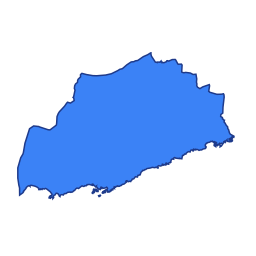 Nkasi, Rukwa, United Republic of Tanzania (Mercator projection), rotated 275°
{"feature_id": "72390352B34861075189695", "entity_name": "Nkasi", "entity_type": "district", "adm_level": 2, "iso_a3": "TZA", "parent_name": "United Republic of Tanzania", "parent_adm1": "Rukwa", "projection": "mercator", "projection_center": [30.833, -7.587], "detail": "fine", "context": "isolated", "style": "filled", "palette": "blue", "viewbox_px": 256, "rotation_deg": 275, "n_neighbors": 0, "source": "geoboundaries", "source_scale": "gbopen_adm2", "svg_char_len": 5760}
<svg xmlns="http://www.w3.org/2000/svg" viewBox="0 0 256 256"><g transform="rotate(275 128 128)"><path d="M118.7,30.0L103.9,26.7L94.3,25.9L92.9,25.6L88.9,23.7L78.7,21.7L68.5,22.6L61.7,24.2L58.8,25.2L51.7,25.9L54.2,28.8L55.1,29.4L55.7,29.3L56.4,30.0L56.7,29.9L57.5,30.7L59.0,31.7L59.6,31.7L60.9,32.8L61.8,34.0L61.7,35.0L61.4,35.4L61.9,35.3L62.3,35.6L62.5,36.7L62.0,40.1L61.4,42.2L59.9,44.6L58.9,44.5L59.0,46.0L59.7,46.3L59.8,46.7L59.2,47.7L60.2,48.4L59.9,50.0L60.6,50.9L60.3,52.1L57.7,56.1L55.4,58.1L54.1,57.8L53.8,56.5L52.5,55.6L51.5,55.4L51.2,56.9L51.4,57.0L51.6,56.7L52.3,57.4L52.4,58.3L52.1,58.6L52.5,59.4L51.3,59.4L51.8,59.8L52.5,60.0L52.7,59.6L53.7,59.7L54.6,60.2L54.9,61.1L56.7,62.1L56.8,63.0L56.2,64.3L55.3,64.7L54.8,65.7L53.9,65.7L53.8,66.2L54.1,66.1L55.2,66.5L55.6,67.0L55.9,68.0L55.6,69.4L57.1,70.3L57.3,72.0L58.6,73.4L59.1,75.7L58.9,76.3L59.3,76.8L59.1,77.6L59.7,78.6L61.0,79.6L61.0,80.2L62.7,81.2L63.6,82.2L63.7,82.9L63.4,84.0L66.2,87.0L66.3,87.7L65.9,88.4L66.0,89.3L66.8,90.0L66.7,91.2L67.3,92.0L68.0,92.1L68.4,94.5L67.9,97.0L68.2,96.8L68.7,97.0L69.0,97.5L69.0,98.0L68.9,98.1L68.8,97.6L68.3,97.9L67.7,99.6L66.5,100.8L67.1,101.4L66.6,101.3L66.6,101.8L65.8,102.5L66.4,102.3L64.5,103.7L64.8,104.6L64.2,105.6L64.7,106.0L66.6,106.1L66.7,106.9L66.2,107.3L65.8,106.9L65.5,107.4L66.2,107.9L65.8,108.9L66.4,110.8L67.2,111.9L66.5,112.7L66.0,112.9L64.4,112.2L64.1,113.1L62.4,113.4L62.5,114.3L62.9,114.3L62.8,115.2L63.2,115.2L63.9,116.1L64.4,115.9L64.5,116.2L63.8,116.5L64.4,117.2L65.0,117.0L65.2,118.2L65.9,117.9L65.9,118.3L66.6,119.0L66.5,119.6L67.0,119.3L67.1,119.6L68.2,119.5L67.9,120.7L68.7,121.2L68.7,121.9L69.4,122.4L69.0,123.3L69.3,123.9L69.2,124.6L70.1,125.7L70.1,126.2L71.3,127.3L71.8,128.9L73.9,131.1L74.7,130.5L75.3,131.0L75.4,131.6L74.5,132.9L75.0,133.9L74.9,135.3L75.4,135.4L76.1,136.2L77.5,136.7L77.8,138.1L80.1,139.6L80.0,141.7L81.7,142.0L81.9,143.1L82.4,143.5L82.4,144.2L85.0,144.8L86.5,146.1L87.0,146.2L87.1,147.5L88.0,148.2L88.1,149.2L89.2,150.3L90.1,153.7L90.9,155.6L90.8,158.3L91.5,159.4L91.5,160.2L90.8,160.6L90.7,161.4L91.3,161.5L92.3,161.0L93.0,161.5L93.2,162.1L92.9,163.4L93.3,164.6L93.7,165.3L94.9,165.3L95.0,165.6L94.7,166.4L94.1,166.7L94.3,167.2L94.7,167.4L94.4,168.9L95.1,169.4L95.8,168.8L96.2,168.8L96.4,169.1L96.3,169.6L95.7,170.1L95.4,171.3L95.5,171.6L96.2,171.1L97.3,172.7L97.1,173.1L97.8,173.8L98.4,173.5L100.4,174.0L101.0,175.0L100.9,176.2L101.8,176.0L102.6,176.8L102.5,177.6L102.2,177.8L102.0,181.1L102.4,181.7L101.9,182.4L102.2,183.0L102.0,184.3L105.3,184.7L105.7,185.2L105.6,185.7L107.0,186.7L107.0,187.9L107.9,188.2L109.1,189.3L109.8,190.7L109.5,191.9L111.3,192.5L111.8,193.8L111.5,194.5L111.1,194.4L110.8,194.7L110.9,195.1L112.5,195.2L112.1,196.2L112.5,196.4L112.7,196.9L112.1,197.5L112.6,197.8L112.6,199.3L111.9,200.7L112.5,202.1L112.6,203.3L113.7,204.8L114.2,206.7L115.0,207.3L115.4,207.1L115.4,207.4L116.0,207.5L116.3,207.0L117.8,206.4L119.5,207.3L119.6,207.9L120.3,208.2L120.8,210.1L121.5,211.4L122.0,211.7L121.8,212.8L122.2,213.4L121.3,214.2L121.3,214.6L121.8,214.7L122.0,215.2L121.2,216.8L121.4,216.9L121.2,217.4L120.8,217.3L120.3,216.6L120.4,215.7L120.2,215.4L118.0,215.3L117.2,216.8L118.9,216.3L119.1,217.1L118.7,216.7L118.4,216.8L118.0,218.3L118.4,218.7L119.0,218.6L119.5,218.9L119.0,220.1L119.2,220.7L119.8,220.9L120.1,220.1L120.8,220.6L120.4,221.3L121.0,222.7L120.2,223.5L122.0,225.0L122.5,224.9L122.5,224.6L122.8,224.7L123.2,225.3L122.7,225.4L122.9,225.9L122.5,226.3L123.5,226.4L124.8,227.6L124.2,227.6L123.4,228.1L123.7,228.6L123.3,229.1L123.1,230.3L123.5,232.3L124.2,233.1L124.7,233.1L124.6,232.1L126.2,232.7L126.1,231.9L126.7,231.9L126.4,231.3L125.7,230.6L124.8,231.1L124.4,230.8L125.2,229.9L125.9,229.6L127.3,231.9L128.0,232.1L128.6,233.0L128.4,233.3L127.6,232.7L128.1,233.8L128.0,234.2L128.7,234.3L128.9,234.3L128.9,233.6L129.3,233.7L129.5,233.3L130.7,230.5L132.0,229.5L135.0,228.4L136.2,227.4L137.8,227.2L139.3,225.6L141.6,224.1L142.0,223.4L142.8,223.2L144.1,223.4L144.1,222.9L145.1,222.0L145.2,221.4L146.7,221.1L147.5,219.3L149.5,219.3L151.1,221.1L157.1,220.8L167.2,221.1L169.5,220.7L170.4,220.1L169.8,218.1L169.3,213.6L170.8,206.1L171.7,205.5L171.7,205.2L177.1,205.6L178.3,205.2L175.5,198.9L173.5,196.2L174.7,193.7L176.2,192.8L177.9,192.8L179.6,192.2L182.9,192.2L187.5,191.0L187.0,188.2L188.2,185.3L188.4,180.7L187.9,178.8L188.2,176.9L188.8,176.6L195.4,176.4L196.3,175.6L195.9,172.6L196.1,172.1L199.8,169.7L200.4,169.0L200.0,166.0L198.2,162.8L198.5,161.6L198.3,160.8L197.5,160.6L196.3,158.4L196.1,157.2L196.5,156.5L196.2,156.2L196.7,156.0L196.7,155.3L197.6,155.1L196.3,153.9L196.3,151.8L195.7,151.4L196.0,150.7L196.0,149.5L201.6,145.1L203.9,144.3L204.8,144.4L204.8,144.0L202.7,141.2L200.4,137.0L196.1,131.8L195.5,129.4L194.6,128.1L194.1,125.4L190.9,121.4L186.6,117.2L185.7,114.6L184.4,113.0L180.6,106.7L178.8,101.1L177.3,92.2L177.1,88.4L177.6,82.1L178.4,77.3L178.2,77.0L176.9,76.0L174.8,76.3L172.4,74.2L171.2,73.7L169.0,73.7L167.3,71.9L165.4,71.2L162.8,71.1L161.1,71.9L154.4,71.1L153.7,70.6L153.2,71.3L150.6,72.0L147.8,68.5L148.4,65.5L147.2,64.6L144.2,62.9L138.3,58.3L136.4,57.3L133.2,56.3L126.8,56.5L124.8,56.4L124.2,55.9L119.5,50.7L119.3,50.1L119.3,48.6L121.4,39.6L121.7,39.0L121.8,33.8L118.7,30.0ZM60.6,98.0L59.9,98.1L59.7,98.7L60.2,99.0L60.7,98.8L60.7,99.9L61.3,100.2L62.2,99.9L62.7,100.5L62.8,101.1L62.1,102.1L62.0,102.7L62.1,103.7L62.7,103.8L63.0,103.6L62.8,102.8L63.1,102.5L64.2,102.0L64.2,100.3L63.7,99.6L64.0,99.1L63.3,98.9L62.1,99.3L61.8,98.6L60.8,98.6L60.6,98.0ZM61.3,108.0L60.9,108.2L61.2,108.7L61.0,109.5L62.0,110.2L61.7,110.9L62.6,111.6L64.4,111.2L62.3,108.4L61.8,108.4L61.3,108.0ZM58.7,106.2L58.0,104.6L57.2,105.1L57.4,105.8L58.3,106.5L58.7,106.2ZM118.9,223.0L118.5,221.7L117.9,221.4L117.3,221.4L118.2,222.6L118.9,223.0Z" fill="#3b82f6" stroke="#1e3a8a" stroke-width="1.5"/></g></svg>